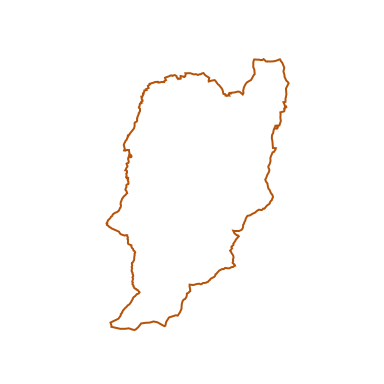 outline of Crasna, Gorj, Romania, rotated 197°
{"feature_id": "2599482B71276356252313", "entity_name": "Crasna", "entity_type": "district", "adm_level": 2, "iso_a3": "ROU", "parent_name": "Romania", "parent_adm1": "Gorj", "projection": "natural_earth1", "projection_center": [23.564, 45.231], "detail": "fine", "context": "isolated", "style": "outline", "palette": "amber", "viewbox_px": 384, "rotation_deg": 197, "n_neighbors": 0, "source": "geoboundaries", "source_scale": "gbopen_adm2", "svg_char_len": 6087}
<svg xmlns="http://www.w3.org/2000/svg" viewBox="0 0 384 384"><g transform="rotate(197 192 192)"><path d="M145.5,343.3L146.4,344.5L147.4,344.2L149.2,342.6L151.8,341.0L155.5,339.6L157.8,339.1L158.3,338.6L159.8,338.6L161.0,339.4L162.4,340.0L163.3,338.7L164.0,338.6L164.8,338.2L166.2,338.2L171.3,336.9L171.4,335.4L171.2,333.6L169.9,329.3L168.1,327.1L166.5,323.0L167.1,322.0L168.2,316.5L171.4,313.1L172.3,310.9L172.9,307.4L172.7,303.8L171.7,301.7L172.0,300.1L175.6,301.7L177.4,301.5L180.5,299.6L184.3,298.0L183.9,297.5L185.5,297.0L185.4,296.4L184.9,296.1L184.9,295.4L184.6,295.1L187.0,294.6L186.9,294.1L188.2,294.0L188.8,295.2L190.6,295.0L192.6,298.5L193.8,299.7L197.5,302.2L198.6,302.5L202.3,305.3L203.1,305.6L205.9,304.2L208.3,302.6L208.6,303.2L208.9,306.2L213.4,307.5L215.8,309.1L217.4,308.1L218.1,307.1L219.1,306.8L220.6,305.6L222.5,305.9L224.5,305.0L228.5,305.1L233.0,303.6L232.5,303.0L232.3,300.7L233.0,300.3L233.0,299.7L233.3,299.6L234.6,299.8L236.8,299.6L236.0,297.1L236.9,296.6L238.0,296.7L238.4,296.0L240.1,297.2L240.7,298.3L242.2,298.7L242.9,298.7L244.8,297.3L245.2,297.6L246.7,297.1L247.6,296.1L251.2,293.4L250.2,291.8L249.6,291.4L251.0,289.7L250.8,289.0L253.5,288.2L255.4,287.0L256.3,286.8L256.5,287.4L256.9,287.4L259.8,286.2L259.9,285.9L264.1,283.1L263.7,282.6L265.2,280.6L263.9,278.8L266.1,276.8L265.4,276.1L267.3,275.1L267.0,273.8L267.3,272.8L267.0,272.0L267.0,271.6L267.6,271.6L267.2,270.2L267.4,270.0L267.3,268.7L267.4,268.3L268.2,268.2L267.4,266.8L267.3,266.2L266.3,265.6L265.9,264.6L266.6,264.1L267.0,263.0L266.5,262.7L267.0,262.5L266.7,261.8L267.6,261.1L267.3,258.6L267.5,258.1L267.5,257.2L267.0,256.8L266.3,256.7L265.6,255.1L265.4,253.8L265.7,252.8L265.6,252.2L266.0,251.7L265.7,250.5L266.1,248.3L265.9,246.8L266.1,246.5L265.3,244.0L265.5,243.2L267.0,241.6L266.9,240.5L266.1,238.1L266.1,235.7L268.6,229.4L268.6,228.5L269.6,227.7L269.4,227.2L269.8,227.0L269.7,226.3L269.4,226.1L269.4,225.4L269.7,224.7L269.8,222.8L270.5,221.6L270.6,220.0L270.9,219.1L271.0,217.0L268.9,213.6L269.1,211.9L267.7,212.1L266.7,213.1L264.5,213.7L264.1,212.5L263.1,210.8L263.0,209.2L261.5,209.6L260.4,208.7L260.2,208.0L260.4,207.5L261.3,207.2L262.5,207.5L263.0,206.5L262.7,205.5L262.8,204.9L261.5,202.8L261.2,201.8L261.5,201.1L262.7,200.3L262.9,200.0L262.1,198.7L261.6,198.4L261.1,197.3L261.7,196.0L262.1,193.3L261.0,193.5L260.4,193.1L259.7,191.4L260.2,190.3L259.3,188.5L259.4,187.0L259.2,186.7L258.4,186.1L257.6,187.0L257.2,186.9L256.8,185.3L256.8,184.2L255.7,183.0L255.6,182.0L255.2,181.4L255.3,180.9L256.5,180.1L256.8,179.2L256.1,177.6L256.4,176.4L256.4,174.7L254.8,173.6L253.7,171.9L254.0,171.7L254.5,170.2L256.0,167.6L256.9,164.9L256.9,163.0L257.2,161.8L256.7,159.3L256.0,158.6L255.8,156.8L255.8,156.1L256.2,155.6L256.4,153.0L257.6,151.1L259.7,149.4L261.2,147.4L261.3,145.9L262.2,144.6L262.6,142.9L264.1,140.3L264.1,138.7L264.6,137.2L264.4,136.8L263.7,136.7L263.8,135.8L263.6,135.5L262.1,135.2L260.6,134.2L259.5,134.3L258.5,133.7L250.2,132.7L249.0,131.5L247.7,130.8L243.9,130.6L242.1,131.6L241.3,131.7L240.9,130.6L239.9,129.7L240.0,128.2L239.3,127.8L238.4,124.6L237.9,123.8L236.9,123.5L234.3,123.3L234.1,122.2L233.2,121.1L231.6,120.2L230.8,118.9L229.5,118.5L228.6,117.5L228.9,116.1L228.3,114.6L228.3,113.5L227.5,110.1L227.9,108.0L228.1,107.2L228.7,106.7L228.7,106.2L227.6,104.1L227.8,102.6L226.8,101.3L227.0,100.2L226.7,99.2L226.4,98.9L226.4,98.4L225.0,97.1L225.0,96.3L224.1,95.5L223.6,94.2L224.0,93.0L223.0,91.8L222.9,88.8L222.0,88.0L222.2,87.3L221.9,86.3L220.7,85.6L220.4,84.5L219.4,83.9L218.9,83.1L217.1,82.9L216.5,82.3L215.6,82.5L212.8,80.8L213.4,79.2L214.9,78.2L216.0,75.7L217.0,74.5L217.5,73.0L217.4,72.1L218.1,69.3L218.0,69.0L218.8,66.9L219.3,65.8L220.4,64.7L221.1,62.8L222.3,61.0L222.7,59.7L223.4,58.5L223.5,56.8L223.8,56.4L223.7,55.5L224.4,54.4L224.1,53.3L224.2,52.7L225.1,49.8L225.4,49.2L231.8,43.3L229.9,40.6L229.7,39.5L220.5,40.2L216.3,41.5L212.4,43.2L208.7,43.0L206.5,43.3L205.4,44.4L203.8,47.2L202.2,51.4L198.5,53.2L194.1,54.8L191.0,56.9L187.1,57.3L179.2,55.6L178.4,56.3L178.7,60.3L177.3,65.3L171.4,69.4L169.5,69.6L168.3,73.6L167.9,77.2L169.0,81.8L169.1,84.8L168.8,85.9L168.1,87.1L167.3,87.7L166.7,89.9L166.7,91.4L167.2,93.4L165.8,94.7L165.2,96.2L164.7,96.6L165.4,98.6L166.7,100.9L167.2,102.7L163.6,103.4L160.5,105.4L158.4,106.4L156.6,106.3L155.9,106.7L155.0,108.1L152.1,109.3L151.6,110.0L150.6,110.5L149.8,112.3L149.1,113.2L148.8,114.5L145.8,117.5L145.3,119.1L145.5,120.1L144.9,120.7L143.1,124.7L140.6,127.2L139.2,127.5L138.1,129.1L135.4,129.5L134.1,129.9L132.2,131.7L130.7,132.4L130.1,133.6L129.3,134.1L130.1,135.0L132.2,135.9L132.5,136.2L132.4,137.9L133.1,139.3L133.1,141.4L133.6,142.6L134.7,143.9L136.5,145.3L137.0,146.1L138.4,147.0L138.2,147.6L137.6,148.5L137.5,149.4L137.2,149.9L138.2,150.8L138.2,151.5L137.0,153.1L136.9,153.7L137.4,154.7L136.3,157.6L136.2,159.1L134.3,163.3L135.0,163.8L135.3,163.6L136.0,163.9L136.5,163.7L139.4,165.0L141.2,167.0L140.1,167.1L135.7,168.4L133.6,170.2L133.0,171.7L132.9,173.4L133.5,175.6L133.0,177.0L133.1,178.4L132.7,180.0L132.8,182.2L132.2,185.0L131.6,185.7L129.8,186.5L127.5,189.2L126.0,190.3L124.1,193.3L122.9,194.6L120.2,195.1L119.6,195.6L119.1,196.9L117.9,197.2L116.4,200.9L114.3,203.6L114.5,204.5L114.0,206.5L113.3,207.5L113.3,209.4L113.0,210.4L113.5,211.7L114.2,212.6L116.4,214.2L118.2,216.5L119.9,217.6L121.7,220.7L122.3,222.2L124.1,223.4L125.6,225.3L125.2,226.9L125.0,230.3L124.3,233.7L124.3,234.8L124.6,236.0L126.1,237.8L126.5,238.8L125.9,241.7L125.9,244.3L127.0,247.5L127.0,248.8L126.5,253.5L125.3,254.4L124.6,257.3L124.6,258.4L127.5,257.8L129.9,264.0L131.5,267.0L132.1,270.0L131.6,272.1L132.0,274.9L131.9,276.9L129.3,277.4L128.9,278.2L128.9,279.4L129.4,279.8L131.6,279.1L131.6,279.6L129.2,280.0L129.3,280.4L129.7,280.5L127.9,281.2L127.8,285.8L129.2,288.9L130.1,292.5L130.8,294.0L127.7,295.9L127.4,296.3L127.6,298.1L128.2,298.3L128.2,299.0L126.6,300.6L127.0,301.4L128.1,301.0L129.1,302.7L130.8,304.6L129.0,305.5L130.0,309.3L129.9,309.9L130.3,313.1L132.4,318.4L131.4,324.3L132.9,325.4L134.4,326.1L137.1,329.1L138.0,331.3L139.8,334.0L140.1,337.9L143.6,342.1L145.5,343.3Z" fill="none" stroke="#b45309" stroke-width="2"/></g></svg>